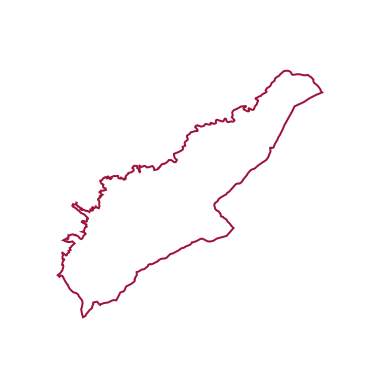 Rau Sadului, Sibiu, Romania (Equal Earth projection), rotated 166°
{"feature_id": "2599482B59559363647418", "entity_name": "Rau Sadului", "entity_type": "district", "adm_level": 2, "iso_a3": "ROU", "parent_name": "Romania", "parent_adm1": "Sibiu", "projection": "equal_earth", "projection_center": [24.033, 45.624], "detail": "fine", "context": "isolated", "style": "outline", "palette": "rose", "viewbox_px": 384, "rotation_deg": 166, "n_neighbors": 0, "source": "geoboundaries", "source_scale": "gbopen_adm2", "svg_char_len": 6119}
<svg xmlns="http://www.w3.org/2000/svg" viewBox="0 0 384 384"><g transform="rotate(166 192 192)"><path d="M170.6,255.5L172.7,255.0L173.1,254.6L173.2,254.2L171.7,251.4L171.7,250.2L172.0,249.9L173.9,250.3L178.8,250.2L179.8,249.2L183.3,247.8L183.6,246.9L183.2,245.0L183.5,243.8L186.7,242.2L187.3,241.2L187.4,238.6L190.2,238.1L190.2,236.3L191.0,235.2L195.4,234.0L200.2,233.4L200.6,231.7L200.5,229.1L198.9,226.7L200.6,224.9L202.2,225.3L204.4,228.0L206.9,228.6L207.6,227.8L210.3,226.5L212.1,226.0L213.4,226.4L214.9,226.0L216.9,224.5L216.8,224.3L218.6,223.5L218.4,223.2L218.8,222.8L220.1,222.4L223.3,222.4L223.2,225.2L224.2,226.8L227.6,226.5L229.4,226.7L230.1,227.0L231.3,228.7L232.8,228.9L233.6,228.6L235.2,228.6L236.3,229.9L237.1,227.4L237.7,226.6L237.4,225.8L237.8,224.9L237.4,224.3L237.9,223.9L238.2,224.3L238.4,226.5L238.3,227.8L239.4,228.7L238.6,230.3L241.4,231.4L242.5,231.2L242.9,230.5L243.8,230.2L244.0,229.6L243.3,229.2L243.2,228.6L243.4,226.9L246.0,225.8L249.1,225.9L249.7,224.9L251.0,224.4L252.6,223.2L252.8,221.8L253.5,220.5L254.1,220.6L254.2,221.1L255.0,220.5L255.3,221.4L256.1,221.7L257.4,223.1L258.0,222.3L260.0,223.2L259.9,225.4L264.1,226.4L266.4,226.0L266.6,224.9L267.1,224.6L267.9,225.9L268.3,225.9L268.6,225.2L268.2,224.5L268.3,224.4L269.2,225.5L269.7,227.3L270.6,227.3L270.7,225.8L271.2,225.8L271.2,226.7L272.7,227.4L273.1,227.0L274.6,226.9L276.8,225.1L278.2,225.2L278.2,224.8L278.2,223.5L277.8,221.9L276.8,221.4L276.7,220.7L276.3,220.4L276.8,219.7L276.9,217.7L274.9,216.3L275.2,215.6L275.1,214.8L278.0,214.8L280.0,215.3L280.7,214.9L280.4,214.7L280.5,214.2L281.6,214.0L280.9,213.0L280.6,211.8L279.6,211.0L282.2,210.3L281.7,209.6L282.6,209.5L282.8,208.7L283.5,208.7L283.8,208.2L285.0,207.7L285.0,207.0L284.4,206.3L284.3,204.6L285.1,202.3L285.3,200.4L286.4,198.8L288.6,200.4L288.8,201.4L289.0,201.4L289.2,200.6L290.7,199.9L291.6,200.0L291.7,201.0L292.3,201.3L293.1,200.6L293.1,200.4L292.6,200.4L292.3,198.6L292.8,198.1L293.3,198.2L293.2,199.5L294.8,199.6L295.0,198.3L295.9,198.2L296.4,197.4L298.3,199.2L299.2,199.1L301.2,200.8L303.2,201.2L303.6,201.6L302.9,201.6L302.6,201.9L302.6,202.3L303.4,203.1L304.2,203.0L304.6,204.2L305.8,205.6L306.2,205.5L307.3,207.9L306.5,209.4L306.8,209.6L307.5,207.8L310.4,208.9L310.5,208.1L311.4,207.8L311.1,206.6L309.1,205.0L308.8,204.2L307.6,203.0L307.3,202.1L306.0,200.8L305.0,198.8L302.0,196.3L299.6,192.3L299.3,191.4L299.4,191.1L300.5,191.1L301.0,189.2L301.7,188.7L304.6,190.3L305.4,190.3L306.2,189.7L306.2,189.4L302.4,186.1L302.9,185.7L302.5,183.9L303.1,183.8L303.4,184.1L303.9,183.7L305.3,182.2L306.2,180.1L308.2,180.0L306.5,178.9L305.3,177.3L306.4,176.4L307.4,176.1L309.8,173.4L310.9,173.1L312.2,174.3L312.9,176.1L314.2,177.6L314.9,177.7L315.3,178.6L316.6,178.6L317.6,179.7L319.1,179.9L321.5,179.4L322.3,180.0L322.8,178.8L323.0,177.4L323.5,177.2L323.5,176.5L324.1,176.4L324.2,177.4L328.5,176.3L327.4,175.6L327.2,175.1L325.0,174.2L325.1,173.8L322.7,173.0L320.0,173.0L318.4,170.5L321.8,168.7L322.4,168.0L324.3,167.2L323.8,165.2L326.0,164.7L325.6,163.8L325.7,163.2L328.1,162.3L328.6,161.2L329.6,160.9L332.8,165.1L332.3,162.1L333.1,161.0L333.8,158.9L333.6,158.0L332.6,157.9L332.5,157.0L334.1,156.0L335.5,153.1L335.6,152.7L334.8,152.4L334.8,150.9L336.5,147.8L337.4,146.8L340.0,144.8L342.4,143.8L341.1,141.8L339.6,142.7L338.5,142.2L337.9,141.5L336.7,136.3L335.3,132.3L334.8,131.6L334.7,129.8L334.0,127.4L331.5,123.4L329.7,122.5L327.8,120.9L327.2,119.7L327.0,118.2L325.0,113.7L324.9,112.1L325.2,110.3L326.5,107.2L327.9,105.1L328.2,100.2L328.1,96.9L325.5,97.5L323.9,99.2L319.9,102.2L317.2,103.5L316.4,105.3L314.9,107.1L314.8,108.4L314.4,108.7L310.6,108.5L309.4,105.9L308.3,104.6L307.8,105.2L304.1,105.5L300.2,105.1L295.5,106.1L294.0,106.0L291.6,105.2L285.9,111.8L284.1,112.1L282.6,112.0L281.4,112.7L279.2,115.8L278.3,116.4L272.9,117.6L269.4,119.2L268.4,121.4L268.6,121.5L267.7,122.8L265.7,124.6L265.1,127.7L262.6,127.8L259.8,128.9L257.1,128.7L252.9,130.6L252.1,131.8L250.3,132.3L249.8,131.8L247.6,131.8L241.4,133.2L241.1,133.8L239.4,134.4L237.6,134.6L235.1,134.2L232.9,134.2L227.9,137.1L225.5,137.0L218.9,138.7L215.7,140.0L213.5,139.9L211.0,140.7L206.8,141.2L204.5,142.6L204.2,143.2L203.0,143.0L199.9,143.2L194.9,144.5L193.2,144.2L188.9,140.5L186.7,139.6L183.0,139.5L179.3,140.8L169.1,141.0L160.4,147.0L162.0,149.6L162.9,152.0L164.6,154.7L165.2,156.9L167.6,159.5L167.9,160.3L169.7,161.3L169.9,161.7L169.6,162.5L169.9,164.9L170.4,165.3L170.7,166.6L172.5,168.2L173.6,170.0L173.5,174.2L172.5,175.6L169.3,177.0L168.2,178.3L167.1,179.1L164.1,180.2L160.3,181.2L159.0,181.7L158.1,182.6L155.8,183.4L147.7,188.9L145.8,189.2L143.7,188.7L141.7,189.5L138.4,192.4L134.6,195.1L134.0,196.0L130.2,198.8L128.1,199.4L125.4,199.6L121.4,201.8L112.1,205.2L109.4,207.5L107.9,209.9L106.4,211.7L106.0,212.4L105.5,215.9L104.8,216.0L103.8,215.3L102.0,215.6L100.2,218.3L96.3,222.3L94.9,224.3L92.8,226.2L89.3,230.3L85.9,234.8L75.2,246.1L71.8,250.3L61.8,252.2L55.0,254.6L47.6,256.3L41.6,257.1L42.6,258.9L42.6,260.4L43.5,262.9L44.9,265.5L47.2,268.5L47.4,270.5L47.0,271.9L47.5,272.4L48.5,274.5L50.0,275.9L51.1,277.5L55.2,278.1L58.0,279.7L60.7,280.7L66.0,281.3L66.8,282.3L67.0,284.1L67.8,285.2L69.7,286.5L72.8,287.1L74.2,286.9L75.8,285.8L77.5,285.2L79.1,283.8L82.3,282.9L83.8,282.1L85.0,280.0L88.1,278.7L90.5,275.8L94.3,274.5L96.0,272.8L95.4,271.6L95.7,270.9L100.3,269.7L102.1,268.5L104.2,268.5L105.3,267.9L107.3,267.7L107.7,266.9L106.1,265.4L105.8,264.8L106.0,264.1L107.2,262.9L108.0,261.3L110.2,259.9L111.7,257.6L112.6,256.9L113.6,257.1L116.5,259.5L117.0,259.2L116.8,257.4L117.0,256.9L117.5,256.6L118.5,256.8L121.5,259.3L121.9,260.1L121.6,260.9L121.2,261.1L119.2,261.7L119.0,262.0L119.1,262.4L123.7,263.1L128.4,261.8L131.4,261.4L133.0,260.4L133.8,259.2L134.0,256.3L135.3,255.0L133.4,251.4L134.6,250.4L135.6,250.4L136.6,251.0L139.6,251.0L140.6,251.3L141.3,252.4L141.3,254.6L142.1,255.2L142.7,255.0L144.4,253.1L144.9,253.0L146.9,253.9L149.7,255.8L150.8,256.1L151.6,255.4L152.1,253.1L153.6,252.8L154.4,252.9L156.9,254.6L157.4,254.3L157.7,253.1L159.4,253.3L162.1,254.7L163.1,254.4L164.6,253.2L166.7,253.2L167.5,253.3L169.0,254.5L170.1,254.8L170.6,255.5Z" fill="none" stroke="#9f1239" stroke-width="2"/></g></svg>